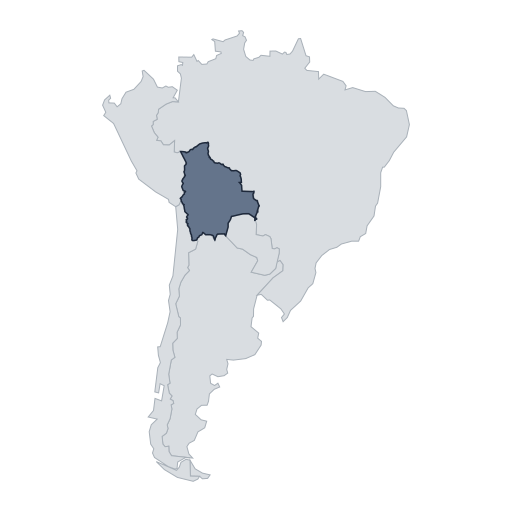 map of Bolivia with Argentina, Chile, Brazil and 2 others greyed out
{"feature_id": "BOL", "entity_name": "Bolivia", "entity_type": "country or territory", "adm_level": 0, "iso_a3": "BOL", "parent_name": "South America", "parent_adm1": "", "projection": "robinson", "projection_center": [-65.153, -16.301], "detail": "fine", "context": "with_neighbors", "style": "filled", "palette": "slate", "viewbox_px": 512, "rotation_deg": 0, "n_neighbors": 5, "source": "natural_earth", "source_scale": "50m", "svg_char_len": 10893}
<svg xmlns="http://www.w3.org/2000/svg" viewBox="0 0 512 512"><path d="M190.0,460.2L195.1,468.8L202.4,473.1L210.1,474.9L207.6,478.4L202.4,478.8L199.6,476.3L190.4,476.1L190.0,460.2ZM257.1,295.2L253.6,308.9L253.5,316.3L252.1,318.0L251.0,326.7L258.7,333.1L257.7,338.2L261.5,341.4L261.1,345.1L254.9,354.6L245.7,358.6L233.4,360.1L226.7,359.4L228.0,363.8L226.7,369.4L227.7,373.1L224.1,375.7L217.9,376.7L212.1,374.0L209.8,375.9L210.6,383.3L214.6,385.5L217.9,383.2L219.7,387.0L214.2,389.3L209.4,393.9L208.5,401.3L207.1,405.2L201.5,405.3L197.0,409.0L195.3,414.4L201.1,419.8L206.7,421.2L204.7,427.8L197.9,431.9L194.3,440.4L189.1,443.2L186.9,446.6L188.9,454.0L192.7,458.1L171.5,455.7L169.0,451.5L168.8,446.2L165.1,446.7L162.9,444.1L162.1,436.4L166.4,433.2L168.0,428.6L167.2,424.9L170.1,418.7L171.9,409.0L171.1,404.8L173.7,403.4L173.0,400.6L170.2,399.1L172.0,396.0L169.3,393.2L167.6,384.7L170.0,383.2L168.7,374.2L171.3,360.0L174.9,357.3L172.9,350.1L172.7,343.2L177.3,338.4L177.1,332.2L180.5,324.9L180.4,318.0L178.8,316.7L175.7,303.8L179.4,296.1L178.8,288.9L180.9,282.1L185.0,275.1L189.5,270.5L187.6,267.6L188.9,265.2L188.6,252.7L195.6,249.1L197.8,241.3L197.0,239.4L202.3,232.7L210.8,234.5L214.5,239.9L217.1,233.9L224.4,234.2L237.2,248.0L242.5,249.1L250.3,254.6L256.8,257.5L257.7,260.8L251.2,272.2L264.7,275.3L269.8,274.1L275.7,268.4L276.9,261.8L280.1,260.4L283.2,264.7L282.9,270.7L273.1,277.8L257.1,295.2Z" fill="#d9dde1" stroke="#a8b0b8" stroke-width="1"/><path d="M190.0,460.2L190.4,476.1L199.6,476.3L197.8,479.1L193.2,481.3L177.4,477.4L164.4,469.6L156.3,461.6L176.5,470.4L179.3,467.2L181.0,462.3L186.0,459.3L190.0,460.2ZM180.7,201.0L183.9,206.0L184.8,211.4L188.2,214.6L186.2,221.8L189.8,230.2L192.3,240.5L197.0,239.4L197.8,241.3L195.6,249.1L188.6,252.7L188.9,265.2L187.6,267.6L189.5,270.5L185.0,275.1L180.9,282.1L178.8,288.9L179.4,296.1L175.7,303.8L178.8,316.7L180.4,318.0L180.5,324.9L177.1,332.2L177.3,338.4L172.7,343.2L172.9,350.1L174.9,357.3L171.3,360.0L168.7,374.2L170.0,383.2L167.6,384.7L169.3,393.2L172.0,396.0L170.2,399.1L173.0,400.6L173.7,403.4L171.1,404.8L171.9,409.0L170.1,418.7L167.2,424.9L168.0,428.6L166.4,433.2L162.1,436.4L162.9,444.1L165.1,446.7L168.8,446.2L169.0,451.5L171.5,455.7L190.3,457.8L185.3,457.7L177.7,462.0L177.0,468.7L174.7,468.9L168.3,466.6L154.5,457.5L152.5,453.0L153.8,448.8L150.7,444.1L149.2,431.7L151.3,424.7L157.2,419.1L148.2,417.0L153.5,410.5L155.0,398.4L161.6,400.9L164.2,385.7L160.1,383.7L158.6,392.9L154.8,391.9L157.8,367.7L160.4,362.6L158.4,355.3L157.7,346.9L160.2,346.7L167.7,322.8L170.1,311.7L168.5,300.5L170.2,294.3L169.3,285.1L172.9,276.0L177.7,229.4L175.7,206.7L179.0,204.8L180.7,201.0Z" fill="#d9dde1" stroke="#a8b0b8" stroke-width="1"/><path d="M283.1,321.7L281.5,317.5L284.4,314.0L280.9,308.9L269.8,300.0L267.4,300.2L261.3,294.4L257.1,295.2L273.1,277.8L282.9,270.7L283.2,264.7L280.1,260.4L276.9,261.8L279.2,253.1L279.3,249.0L277.0,247.7L274.6,248.9L272.2,248.5L271.0,238.8L269.8,236.6L265.5,234.6L262.9,236.0L256.1,234.6L256.6,224.5L254.8,220.3L256.8,218.8L256.2,214.6L258.0,211.3L259.2,205.4L257.7,200.8L254.2,198.7L253.6,195.7L254.5,191.4L242.1,191.1L239.6,182.4L241.5,182.3L239.9,172.6L236.1,170.4L232.0,170.5L224.9,166.8L222.3,164.0L215.0,162.8L207.9,156.1L208.3,142.7L199.8,143.9L190.6,149.7L189.1,152.0L180.9,151.5L177.2,152.8L174.2,152.0L174.6,140.6L169.2,145.0L163.4,144.8L160.9,140.9L156.6,140.4L158.0,137.2L154.3,132.7L151.5,126.0L153.2,124.6L153.2,121.4L157.2,119.3L156.5,115.3L158.2,112.7L158.6,109.2L166.1,104.1L172.4,101.6L178.4,101.9L181.4,78.2L180.4,73.9L177.5,71.2L177.5,65.8L181.2,64.6L182.5,65.3L182.8,62.5L178.9,61.7L178.8,57.0L191.7,57.2L193.8,54.6L197.0,61.4L198.2,60.5L201.8,64.4L206.9,64.0L208.2,61.7L215.8,58.7L216.6,55.5L221.3,53.4L220.9,51.9L215.4,51.2L214.7,41.5L211.8,39.6L213.0,38.9L223.1,41.7L225.0,40.0L237.1,36.0L239.5,33.2L238.6,31.0L242.0,30.7L243.6,32.4L242.7,35.7L245.0,36.8L246.5,40.3L244.7,42.9L243.6,49.3L245.8,56.5L249.9,60.0L253.1,60.4L253.8,58.9L258.9,57.3L261.0,55.3L269.9,56.3L270.0,51.1L275.8,51.0L282.4,54.1L284.5,52.1L285.9,52.4L286.8,54.5L290.0,54.0L292.5,51.2L298.4,38.8L300.6,38.5L306.0,55.7L309.5,56.9L309.7,62.0L304.8,68.2L306.8,70.4L318.5,71.6L318.7,79.1L323.7,74.2L342.9,81.4L346.1,85.8L345.0,89.9L352.7,87.6L365.5,91.6L375.3,91.3L385.0,97.4L393.3,105.8L398.4,108.0L404.0,108.3L406.4,110.6L409.4,124.6L406.6,136.9L393.7,152.2L389.3,160.6L384.3,167.1L382.6,167.2L380.7,172.7L380.7,186.7L377.6,203.1L375.5,206.1L374.0,216.0L367.1,225.8L365.7,233.5L360.3,236.7L358.6,241.2L351.6,241.2L341.4,244.0L336.8,247.3L329.5,249.5L321.8,255.5L316.1,262.9L315.0,268.4L315.9,272.6L312.8,283.7L308.2,287.8L300.7,301.0L290.5,310.4L287.3,317.5L283.1,321.7Z" fill="#d9dde1" stroke="#a8b0b8" stroke-width="1"/><path d="M178.4,101.9L172.4,101.6L166.1,104.1L158.6,109.2L158.2,112.7L156.5,115.3L157.2,119.3L153.2,121.4L153.2,124.6L151.5,126.0L154.3,132.7L158.0,137.2L156.6,140.4L160.9,140.9L163.4,144.8L169.2,145.0L174.6,140.6L174.2,152.0L177.2,152.8L180.9,151.5L186.6,163.5L185.2,166.1L184.8,177.7L182.2,181.4L183.4,184.1L181.9,186.7L184.8,192.9L179.0,204.8L175.7,206.7L169.1,202.4L168.5,199.4L155.6,191.9L138.7,179.1L135.9,173.0L137.0,170.8L131.3,161.0L113.6,123.5L103.7,115.6L105.8,112.3L102.6,105.2L104.6,99.9L109.8,95.2L110.6,98.3L108.7,100.1L108.9,102.9L114.3,103.1L117.1,106.8L120.8,103.8L122.0,98.7L126.0,92.2L133.9,89.3L141.1,81.5L143.1,76.6L142.2,71.0L144.0,70.3L153.5,79.2L157.4,87.1L162.3,88.0L165.9,86.0L168.3,87.3L172.3,86.7L177.3,90.2L173.1,97.8L175.1,97.9L178.4,101.9Z" fill="#d9dde1" stroke="#a8b0b8" stroke-width="1"/><path d="M254.7,218.0L256.6,224.5L256.1,234.6L262.9,236.0L265.5,234.6L269.8,236.6L271.0,238.8L272.2,248.5L274.6,248.9L277.0,247.7L279.3,249.0L279.2,253.1L275.7,268.4L269.8,274.1L264.7,275.3L251.2,272.2L257.7,260.8L256.8,257.5L250.3,254.6L242.5,249.1L237.2,248.0L225.5,235.8L228.0,226.9L228.2,222.9L231.4,216.3L242.7,214.1L248.7,214.2L254.7,218.0Z" fill="#d9dde1" stroke="#a8b0b8" stroke-width="1"/><path d="M181.2,200.4L181.2,200.1L181.2,199.5L180.9,199.1L180.5,198.8L180.3,198.5L180.5,198.1L181.3,197.4L181.7,197.3L181.8,196.9L182.1,196.7L182.8,195.6L183.2,194.9L183.7,194.5L184.2,194.2L184.4,194.0L184.3,193.2L184.3,192.7L184.5,192.4L185.0,192.1L185.4,191.8L185.5,191.7L185.1,191.1L184.2,190.8L183.6,190.8L183.3,190.6L183.1,190.3L181.9,187.2L181.7,186.5L181.8,186.2L182.5,184.7L182.8,184.2L183.3,183.5L183.2,183.2L182.3,182.0L182.0,181.5L182.0,180.9L182.1,180.2L182.6,179.8L182.8,179.3L182.9,178.7L183.1,178.5L183.4,178.2L183.7,177.8L184.1,177.4L184.4,177.1L184.4,176.2L184.6,176.0L185.2,175.8L185.3,175.5L185.1,175.0L184.8,174.4L184.6,174.1L184.3,172.6L183.9,171.9L184.1,171.6L184.3,171.2L184.5,170.5L184.6,169.7L184.5,166.5L184.5,165.9L184.8,165.5L185.3,165.0L185.6,164.8L186.0,164.5L185.9,163.9L186.2,163.5L186.4,163.1L185.6,161.4L184.8,159.8L184.1,158.4L183.2,156.8L182.7,155.7L182.0,154.3L181.4,153.2L180.6,151.5L181.3,151.5L182.8,151.6L184.3,151.8L185.3,152.0L185.8,152.2L185.9,152.6L186.1,152.8L186.5,152.7L186.8,152.7L187.6,152.3L188.3,152.0L188.9,151.7L189.2,151.4L189.9,150.3L190.4,149.7L190.9,149.5L192.0,149.4L192.3,149.6L192.7,149.5L193.1,148.9L193.6,148.2L194.7,147.3L195.3,147.1L195.6,146.8L196.2,146.8L196.7,146.4L199.2,144.3L200.2,143.7L200.9,143.6L201.4,143.4L202.3,143.1L204.5,142.8L205.9,142.7L206.4,143.0L206.9,142.9L207.3,142.4L207.7,142.3L208.0,142.3L208.3,142.9L208.5,143.5L208.4,144.0L208.4,144.6L208.6,145.5L208.5,146.3L208.0,147.4L207.7,147.8L207.6,148.2L207.7,148.8L207.9,149.8L208.4,151.1L208.4,152.1L208.1,152.7L208.0,153.3L208.0,153.7L208.1,154.1L208.3,154.2L208.4,154.6L208.4,155.2L208.7,155.7L209.2,156.2L209.4,156.7L209.3,157.2L209.3,157.5L209.5,157.6L209.8,157.4L210.0,157.4L210.3,158.1L210.5,158.8L210.6,159.2L211.1,159.4L211.7,159.6L212.0,159.8L212.6,160.4L213.1,160.9L213.7,161.2L213.9,161.8L214.3,162.6L215.4,163.0L216.7,163.1L217.5,163.3L218.5,162.9L219.1,162.9L219.8,163.2L220.1,163.4L220.6,163.9L221.4,164.4L222.0,164.6L222.5,164.3L222.9,164.2L223.2,164.3L223.4,164.9L223.5,165.4L223.9,165.7L224.7,166.5L225.2,166.8L225.7,166.8L226.7,167.3L227.9,167.8L228.4,167.9L229.0,167.8L229.4,168.0L229.5,168.6L230.5,169.8L231.0,170.3L231.5,170.7L232.9,170.7L233.3,170.8L234.0,170.7L235.8,170.5L236.2,170.5L237.2,171.0L238.5,171.8L239.3,172.4L239.9,172.7L240.2,173.2L240.4,173.8L240.6,174.4L240.4,175.0L240.2,175.3L240.1,175.6L240.2,176.2L240.6,176.8L240.8,177.4L241.0,178.5L241.2,178.9L241.4,182.4L240.5,182.4L239.4,182.5L239.7,182.8L240.7,184.1L241.6,185.3L241.7,187.2L241.8,188.5L241.9,190.2L242.0,191.2L244.2,191.3L246.8,191.4L249.9,191.5L252.6,191.6L252.9,191.6L253.4,191.5L253.7,191.3L253.9,191.3L253.9,191.7L253.8,192.2L253.8,192.8L253.0,194.0L253.0,194.4L253.1,196.0L253.3,197.2L253.5,198.4L253.8,198.8L254.7,199.4L256.1,200.5L256.6,200.6L257.1,200.5L257.4,200.9L257.4,201.7L258.2,203.7L258.7,205.0L258.9,205.5L259.2,205.7L259.2,205.9L258.9,205.9L258.7,206.2L258.3,207.7L257.7,209.6L257.3,210.9L257.7,210.9L257.7,211.3L257.8,211.9L257.3,212.0L257.2,212.2L256.7,213.3L256.1,214.7L255.4,216.2L255.0,217.1L255.7,217.8L256.7,218.9L256.6,219.2L256.1,219.3L255.7,219.4L255.4,219.8L255.2,220.2L254.8,220.3L254.9,219.0L254.8,217.9L254.7,217.7L252.8,216.4L251.1,215.2L248.8,213.7L245.9,213.7L242.9,213.8L240.0,214.5L237.2,215.1L235.8,215.5L233.1,216.1L231.5,216.4L231.1,217.6L230.5,219.4L229.9,220.5L229.2,221.6L228.1,223.2L228.1,225.1L228.1,227.0L227.4,229.6L226.8,231.7L226.2,233.9L225.8,235.3L225.7,235.7L225.1,235.1L224.6,234.3L224.5,233.9L224.4,233.9L221.7,233.9L219.1,234.0L218.8,234.1L218.4,234.1L218.2,234.0L217.9,234.0L217.5,234.2L217.1,234.5L216.1,236.7L215.6,237.6L215.3,238.4L215.0,239.9L214.9,240.1L214.6,239.6L214.1,238.3L213.9,237.6L213.6,236.7L213.1,235.7L212.5,235.3L212.1,235.2L211.5,235.0L210.6,234.8L210.2,234.7L207.4,234.7L207.2,234.6L206.1,234.8L205.6,234.7L205.0,234.1L203.7,233.0L203.5,232.7L203.0,232.5L202.7,232.5L202.3,233.6L202.0,234.3L201.7,234.8L200.8,235.1L200.0,235.5L199.5,235.6L199.3,236.0L199.1,236.5L198.9,237.0L197.7,237.7L197.4,238.1L197.3,238.8L196.6,239.7L196.4,240.1L195.3,240.3L193.9,240.6L193.1,240.6L192.5,240.5L192.4,240.3L192.0,240.1L191.9,239.8L191.9,239.4L192.0,238.6L192.0,237.6L191.5,236.4L191.6,236.0L191.5,235.5L191.3,234.4L190.7,233.8L190.5,232.9L190.5,232.1L190.0,231.1L189.9,229.8L189.9,228.7L189.1,227.5L188.3,226.1L187.7,225.9L187.5,225.4L187.5,224.8L187.5,224.4L188.0,223.8L188.0,223.7L187.9,223.6L186.6,222.7L186.3,222.4L186.2,222.1L186.2,221.8L186.5,221.6L186.7,221.3L186.4,220.7L186.4,220.1L186.2,219.9L186.2,219.7L186.4,219.5L187.2,219.4L187.5,218.8L187.5,218.3L187.4,218.0L186.6,217.1L186.6,216.9L187.4,215.7L188.0,215.0L188.1,214.8L188.1,214.6L187.9,214.4L187.6,214.1L187.1,213.8L186.7,213.4L186.2,212.8L185.5,212.3L185.1,211.8L184.8,211.3L184.8,210.9L184.7,210.2L184.4,209.0L184.3,208.2L184.2,207.3L184.1,206.8L184.0,206.2L183.8,205.6L183.6,205.2L183.8,204.9L184.0,204.6L182.7,203.8L182.5,203.7L182.2,202.4L181.3,201.3L181.2,200.4Z" fill="#64748b" stroke="#1e293b" stroke-width="1.5"/></svg>